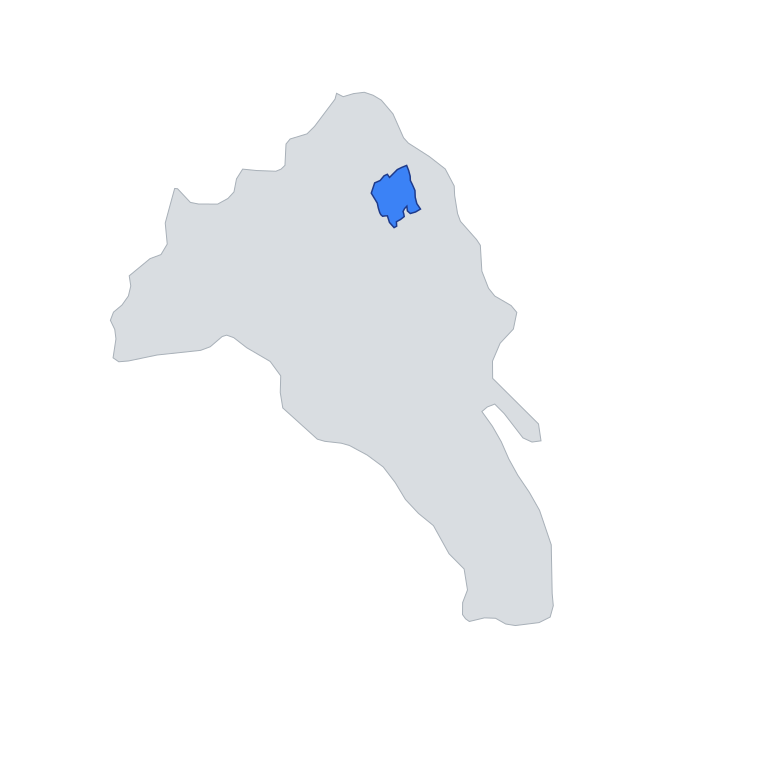 where Valverde sits in Dominican Republic, rotated 49°
{"feature_id": "DOM-1392", "entity_name": "Valverde", "entity_type": "Province", "adm_level": 1, "iso_a3": "DOM", "parent_name": "Dominican Republic", "parent_adm1": "", "projection": "mercator", "projection_center": [-71.013, 19.595], "detail": "fine", "context": "in_parent", "style": "filled", "palette": "blue", "viewbox_px": 768, "rotation_deg": 49, "n_neighbors": 0, "source": "natural_earth", "source_scale": "10m", "svg_char_len": 2043}
<svg xmlns="http://www.w3.org/2000/svg" viewBox="0 0 768 768"><g transform="rotate(49 384 384)"><path d="M135.2,505.3L135.9,478.3L140.0,467.4L136.2,455.8L119.0,443.5L108.4,427.7L99.1,413.7L101.2,411.7L119.9,411.0L126.5,405.9L139.1,391.5L141.6,380.0L140.6,371.2L132.4,360.7L129.1,349.7L139.3,340.1L152.5,326.0L154.3,320.7L154.0,315.3L138.6,300.5L137.5,294.1L144.7,278.0L144.0,267.4L136.9,234.1L133.5,229.1L140.4,226.3L144.9,216.4L150.9,207.5L158.9,202.8L168.0,199.8L186.0,200.0L211.0,207.7L218.1,207.6L242.0,200.6L261.9,196.7L280.6,201.1L288.2,207.1L303.7,216.7L311.4,219.6L335.8,219.4L342.5,220.3L363.0,236.1L380.3,242.3L390.3,242.7L408.2,236.6L417.1,236.8L427.4,250.3L429.4,269.6L437.9,287.1L451.0,298.3L515.5,293.6L529.9,302.8L524.9,310.4L515.8,314.5L485.2,312.7L471.8,313.6L469.1,321.1L469.0,328.2L487.0,329.9L504.6,333.4L522.5,339.0L540.7,342.9L561.2,345.4L581.4,349.5L615.1,363.3L652.4,394.5L662.4,401.7L668.9,411.5L665.8,423.5L652.5,443.3L645.0,449.6L634.0,453.5L626.4,461.6L619.2,475.4L614.7,476.5L609.5,476.0L600.6,468.1L594.2,456.1L576.2,444.9L554.8,446.3L523.3,439.6L504.3,442.9L485.2,443.6L465.7,440.2L446.1,439.0L426.6,443.3L407.6,450.5L400.6,455.1L388.4,466.3L381.9,470.5L335.7,476.1L322.4,467.9L310.1,456.6L292.3,455.1L266.6,463.8L250.4,467.0L243.9,470.7L242.0,475.0L241.9,490.7L238.3,500.3L213.2,536.3L199.0,561.7L193.2,569.6L186.5,571.3L174.1,556.7L166.2,551.4L156.4,548.7L152.3,541.0L152.5,529.9L149.9,519.2L143.9,510.8L135.2,505.3Z" fill="#d9dde1" stroke="#a8b0b8" stroke-width="1"/><path d="M231.7,244.3L231.3,238.8L230.9,233.3L232.2,228.4L233.9,223.5L239.2,225.4L244.3,227.9L247.7,230.6L251.9,231.7L258.3,233.7L263.5,237.9L269.4,240.9L275.9,241.7L274.9,247.3L272.6,252.3L268.7,252.8L264.8,250.1L265.1,253.4L266.3,256.4L268.6,257.5L270.9,258.9L270.7,263.4L269.7,268.2L273.2,270.9L272.6,273.8L265.7,273.9L259.3,271.1L257.9,272.8L256.5,275.0L254.2,275.3L251.9,274.8L247.4,272.8L243.1,270.4L231.6,268.4L226.1,259.1L227.9,253.4L226.9,247.4L227.9,243.9L231.7,244.3Z" fill="#3b82f6" stroke="#1e3a8a" stroke-width="1.5"/></g></svg>